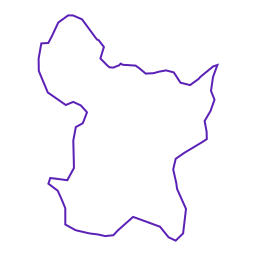 the district of Mezam, Nord-Ouest, Cameroon
{"feature_id": "32672807B13167032786609", "entity_name": "Mezam", "entity_type": "district", "adm_level": 2, "iso_a3": "CMR", "parent_name": "Cameroon", "parent_adm1": "Nord-Ouest", "projection": "robinson", "projection_center": [10.141, 6.007], "detail": "fine", "context": "isolated", "style": "outline", "palette": "violet", "viewbox_px": 256, "rotation_deg": 0, "n_neighbors": 0, "source": "geoboundaries", "source_scale": "gbopen_adm2", "svg_char_len": 1033}
<svg xmlns="http://www.w3.org/2000/svg" viewBox="0 0 256 256"><path d="M98.7,40.2L97.1,39.6L96.0,38.3L82.0,19.3L72.9,15.4L68.1,15.4L58.3,22.5L53.0,33.8L52.0,35.9L48.3,43.0L41.3,43.4L38.6,58.7L38.8,70.9L41.6,77.7L47.8,92.5L65.8,105.0L73.2,101.9L80.8,105.4L87.0,112.3L82.8,123.2L75.8,127.1L73.3,140.6L73.9,165.3L73.9,168.1L67.3,180.2L50.3,178.0L48.4,183.7L57.7,190.7L61.7,199.5L65.3,208.3L65.3,224.5L75.6,230.2L89.4,233.4L98.2,234.5L105.2,236.1L113.4,235.2L116.9,231.4L118.3,230.0L133.1,216.9L160.0,226.7L168.6,237.3L175.7,240.6L183.1,233.4L186.0,208.9L177.1,189.0L176.3,183.2L173.2,169.4L175.7,158.8L184.5,152.7L202.2,142.1L206.8,139.1L206.6,131.6L204.6,121.0L210.5,111.0L214.5,99.7L211.0,90.9L213.0,77.0L217.4,65.0L213.2,66.4L200.7,76.6L198.5,79.0L193.5,82.6L190.1,85.1L180.5,82.7L173.8,72.4L166.1,70.4L159.4,71.6L153.4,73.2L145.7,73.6L139.0,68.0L135.6,65.6L128.1,65.1L122.8,64.8L120.7,63.6L119.3,65.2L113.3,67.6L109.4,67.3L106.8,65.0L100.4,58.5L102.3,52.2L103.9,47.0L98.7,40.2Z" fill="none" stroke="#5b21b6" stroke-width="2"/></svg>